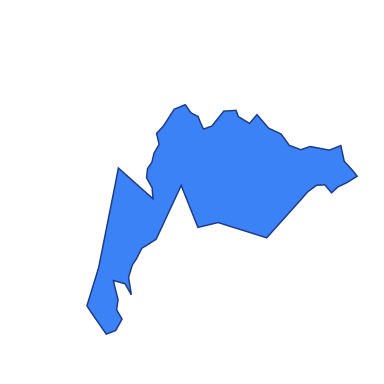 Vale Real, Rio Grande do Sul, Brazil (orthographic projection), rotated 237°
{"feature_id": "56859067B17204755964943", "entity_name": "Vale Real", "entity_type": "district", "adm_level": 2, "iso_a3": "BRA", "parent_name": "Brazil", "parent_adm1": "Rio Grande do Sul", "projection": "orthographic", "projection_center": [-51.249, -29.357], "detail": "fine", "context": "isolated", "style": "filled", "palette": "blue", "viewbox_px": 384, "rotation_deg": 237, "n_neighbors": 0, "source": "geoboundaries", "source_scale": "gbopen_adm2", "svg_char_len": 914}
<svg xmlns="http://www.w3.org/2000/svg" viewBox="0 0 384 384"><g transform="rotate(237 192 192)"><path d="M115.3,308.6L116.8,316.9L115.5,327.2L115.3,339.1L122.9,338.4L134.9,336.4L149.9,342.1L152.3,330.0L165.8,315.9L168.2,306.3L178.1,299.0L192.1,298.3L203.8,291.0L221.5,288.6L218.2,277.6L229.9,271.9L236.5,273.4L242.5,262.7L236.5,244.6L238.5,235.8L246.2,237.0L252.1,238.2L258.8,234.3L268.9,233.9L271.1,222.1L262.8,203.8L260.5,194.2L249.9,190.4L245.1,181.1L238.9,174.7L235.8,167.4L228.8,161.7L217.2,160.8L207.5,155.6L252.2,143.3L241.2,132.7L179.5,72.6L153.8,41.9L145.2,41.9L119.5,42.7L117.4,52.6L123.5,64.1L134.2,64.6L142.1,71.4L149.8,74.0L160.6,77.8L151.5,85.9L138.8,85.1L155.1,92.4L163.4,102.3L166.1,108.8L172.1,119.1L171.9,136.1L176.8,144.0L203.4,186.5L159.1,177.7L152.2,197.2L112.9,229.7L125.9,277.6L129.1,289.0L129.8,300.2L125.5,307.4L115.3,308.6Z" fill="#3b82f6" stroke="#1e3a8a" stroke-width="1.5"/></g></svg>